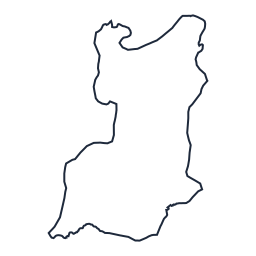 outline of Al Haymah Al Kharijiyah, Sana'a, Yemen
{"feature_id": "15242507B8947662040309", "entity_name": "Al Haymah Al Kharijiyah", "entity_type": "district", "adm_level": 2, "iso_a3": "YEM", "parent_name": "Yemen", "parent_adm1": "Sana'a", "projection": "mercator", "projection_center": [43.852, 15.031], "detail": "fine", "context": "isolated", "style": "outline", "palette": "slate", "viewbox_px": 256, "rotation_deg": 0, "n_neighbors": 0, "source": "geoboundaries", "source_scale": "gbopen_adm2", "svg_char_len": 4132}
<svg xmlns="http://www.w3.org/2000/svg" viewBox="0 0 256 256"><path d="M157.0,234.8L160.5,226.1L161.3,224.7L162.9,221.1L163.9,218.9L165.3,217.3L166.2,216.6L167.2,214.9L166.3,209.9L167.5,209.8L168.7,208.8L168.5,208.0L167.6,207.4L169.2,206.1L170.6,205.0L171.6,205.9L172.7,205.5L172.8,205.5L173.0,204.8L173.9,204.4L174.4,204.8L174.6,204.8L175.2,204.5L175.8,204.3L176.4,203.6L176.8,203.5L177.8,203.5L179.0,203.2L180.8,203.2L185.2,203.1L186.3,203.0L189.5,201.0L192.6,197.2L198.2,191.3L202.1,189.4L200.2,183.5L200.0,183.4L194.8,180.3L190.4,177.8L187.4,176.0L186.2,171.9L186.3,171.6L188.0,166.1L189.1,159.7L189.6,152.7L190.7,145.1L189.9,142.8L189.0,140.4L188.2,137.2L187.2,132.9L188.1,121.1L188.3,118.3L188.3,113.5L188.3,111.9L188.8,109.8L189.4,107.4L189.4,107.2L192.3,104.3L200.6,93.3L200.7,92.9L201.5,89.1L203.2,85.6L207.3,80.9L207.2,80.8L206.3,78.1L205.0,74.1L204.9,73.9L199.7,69.2L196.7,65.0L196.5,63.3L196.4,62.6L196.2,61.5L195.9,60.3L195.6,59.3L196.1,57.3L196.6,56.2L198.2,52.7L198.3,52.7L200.3,51.4L201.3,50.8L202.6,48.8L202.6,48.4L202.7,47.5L202.7,47.3L202.9,45.1L202.2,44.4L201.6,44.4L200.4,44.8L199.3,45.7L198.7,44.4L198.7,42.7L199.8,40.5L199.9,40.0L200.2,37.4L200.4,36.0L201.1,34.6L202.5,32.1L203.2,31.0L204.2,29.3L204.6,28.6L205.0,26.5L205.2,23.8L204.8,21.7L204.7,21.3L203.7,20.4L202.9,19.7L197.6,17.0L195.3,16.1L193.0,15.4L190.8,15.9L190.7,16.0L190.6,15.9L190.2,15.8L182.6,15.9L182.3,16.1L181.5,16.8L179.6,18.8L177.9,20.9L177.7,21.2L174.8,24.7L173.4,26.5L172.3,28.0L171.3,28.8L168.2,31.4L166.0,33.2L164.1,34.8L162.2,36.4L158.2,39.4L157.9,39.6L156.9,40.4L154.9,41.2L152.0,42.4L149.8,43.4L146.6,44.7L146.3,44.8L143.7,46.0L137.6,48.8L135.6,49.0L135.1,49.0L130.8,49.5L127.9,49.8L127.5,49.6L126.1,48.9L122.6,47.4L119.5,42.9L120.2,41.8L121.6,39.6L123.4,37.7L123.7,37.7L124.3,37.5L127.1,37.0L128.7,36.2L129.2,36.0L130.4,34.9L130.9,32.9L130.8,32.5L130.3,30.6L128.5,27.9L127.1,27.4L125.2,26.6L124.6,26.4L123.4,26.2L122.6,26.0L120.2,24.6L119.7,24.4L118.8,24.0L117.9,24.4L117.3,26.0L116.7,27.0L114.9,27.3L113.4,27.3L112.6,27.1L112.1,27.0L112.1,24.9L111.6,22.9L111.1,21.1L110.8,21.4L110.3,21.6L109.5,22.8L107.8,24.4L107.3,24.5L106.7,24.9L105.8,24.1L104.7,24.3L103.5,24.7L102.9,25.4L102.0,27.4L101.0,29.3L98.6,31.3L97.0,32.1L96.1,32.5L94.4,43.1L95.0,44.6L98.6,53.2L99.4,55.1L99.6,55.5L98.9,60.9L98.9,61.3L98.4,63.5L98.3,64.0L98.0,68.3L98.9,72.3L98.0,75.5L96.6,77.4L95.2,79.9L95.2,80.1L93.7,86.8L93.9,87.9L94.5,91.5L95.4,96.0L95.8,98.3L98.2,101.4L102.2,103.6L106.5,104.4L108.3,103.6L110.0,101.4L116.4,104.0L116.5,110.4L116.4,110.6L116.2,112.6L115.8,114.9L115.6,116.8L114.7,121.1L114.6,121.4L114.4,122.1L113.8,125.0L113.9,135.0L112.9,138.6L112.1,141.4L108.4,142.9L107.6,143.3L104.3,143.1L100.1,142.6L98.6,142.7L95.4,142.8L93.7,142.9L86.8,146.1L82.5,150.5L80.5,152.5L75.1,159.1L72.4,159.8L70.0,161.2L66.1,163.5L65.2,167.2L64.3,173.5L64.3,178.0L64.3,181.7L66.2,188.1L65.3,191.8L65.0,193.9L64.4,198.1L62.5,206.5L60.0,217.3L54.6,226.7L52.6,228.9L48.7,233.0L50.5,236.1L51.6,237.6L52.9,237.9L53.5,238.1L54.0,237.7L54.6,237.1L55.2,236.4L55.7,235.9L56.8,235.4L57.5,235.3L58.1,235.2L59.0,235.2L59.4,235.3L59.8,235.3L60.7,235.5L61.8,235.8L62.5,236.3L62.9,236.7L63.3,237.3L63.8,237.7L64.5,238.0L65.6,238.1L66.2,237.5L66.5,237.5L66.4,236.7L67.5,236.0L68.5,236.2L69.4,233.0L69.9,232.5L70.6,232.4L71.5,232.4L72.1,232.6L72.8,233.2L73.3,233.7L73.8,233.8L74.8,233.1L75.3,233.0L76.1,232.3L76.3,232.3L76.8,232.3L77.2,232.2L77.3,231.6L78.6,230.6L78.7,229.8L79.1,229.3L79.6,228.7L80.2,228.3L80.9,228.2L81.9,228.2L82.6,228.2L83.0,227.7L83.2,226.9L83.8,225.8L84.2,225.6L85.0,225.4L85.7,225.0L86.0,224.4L86.8,224.1L87.6,224.0L88.2,223.9L89.0,223.8L89.8,223.9L90.7,224.5L91.5,224.5L92.1,224.6L92.6,225.1L92.9,225.5L93.4,226.1L94.0,226.5L94.5,226.5L95.4,226.6L96.0,226.9L96.4,227.4L96.8,227.8L97.4,228.4L97.9,228.6L98.6,229.0L99.1,229.7L99.6,230.4L100.1,231.0L100.9,231.1L101.4,231.1L102.6,231.4L103.3,231.9L103.5,232.0L103.9,232.2L104.6,232.7L104.9,232.9L109.4,233.1L120.1,235.4L121.9,235.7L122.8,235.9L128.4,236.9L135.2,240.5L139.7,240.6L143.5,239.0L146.3,237.8L148.7,236.4L151.6,235.2L153.5,234.9L157.0,234.8Z" fill="none" stroke="#1e293b" stroke-width="2"/></svg>